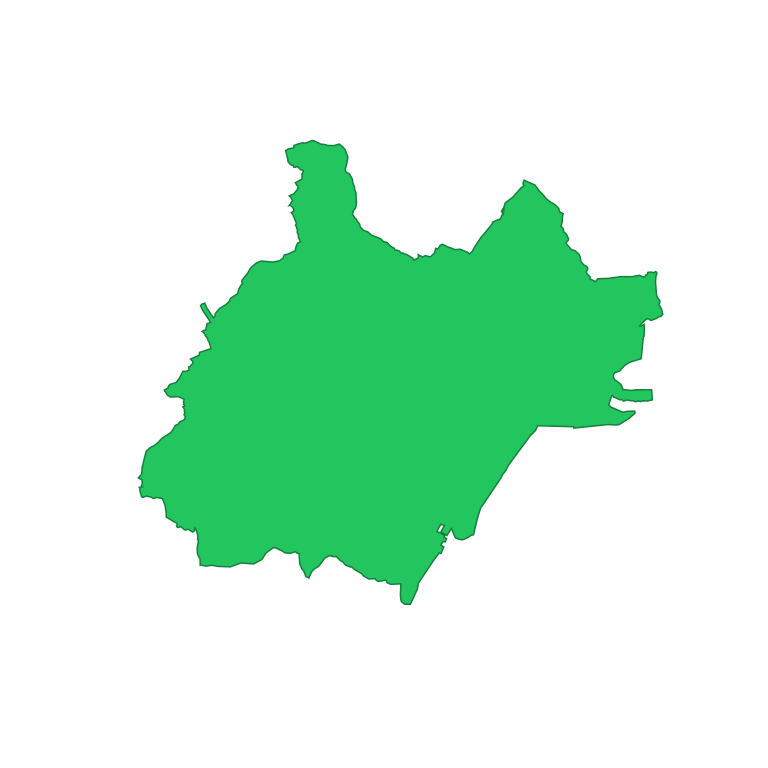 outline of Maldaresti, Vâlcea, Romania, rotated 128°
{"feature_id": "2599482B3246342951761", "entity_name": "Maldaresti", "entity_type": "district", "adm_level": 2, "iso_a3": "ROU", "parent_name": "Romania", "parent_adm1": "Vâlcea", "projection": "orthographic", "projection_center": [23.99, 45.113], "detail": "fine", "context": "isolated", "style": "filled", "palette": "green", "viewbox_px": 768, "rotation_deg": 128, "n_neighbors": 0, "source": "geoboundaries", "source_scale": "gbopen_adm2", "svg_char_len": 6159}
<svg xmlns="http://www.w3.org/2000/svg" viewBox="0 0 768 768"><g transform="rotate(128 384 384)"><path d="M362.8,556.6L367.4,559.1L372.9,560.3L376.0,560.4L380.5,559.7L389.5,559.8L391.3,558.8L392.0,556.9L393.6,557.5L398.2,557.0L402.9,555.0L411.0,557.7L413.8,556.8L418.4,557.4L425.8,560.1L432.6,560.3L434.1,559.1L437.0,559.1L433.0,570.9L430.6,575.0L433.2,576.6L435.2,576.9L437.6,572.3L441.1,561.5L442.4,558.4L445.3,560.6L451.3,557.7L452.6,559.0L454.6,559.6L454.4,558.6L454.9,556.3L456.0,554.2L456.3,552.0L458.0,549.5L458.9,547.2L462.6,542.1L472.6,548.8L475.1,547.4L483.5,551.8L483.9,549.0L484.8,547.4L489.6,547.6L490.8,548.4L492.8,546.3L495.9,547.7L497.8,550.3L505.4,548.8L510.6,548.7L516.0,552.3L517.9,552.6L520.4,551.8L523.8,553.4L524.5,552.7L526.0,548.0L525.9,544.5L520.6,538.2L519.1,532.1L521.7,530.9L522.4,529.6L523.5,529.5L523.8,527.8L524.7,527.6L525.9,528.4L526.7,525.8L528.5,524.5L528.9,523.4L531.2,522.8L532.4,520.1L535.4,519.4L539.2,521.5L541.9,521.4L545.4,522.9L551.5,522.1L554.0,522.3L563.2,525.5L568.9,526.0L574.1,527.2L577.6,528.9L583.5,530.0L598.8,523.2L604.0,519.5L609.2,519.8L608.6,515.6L611.3,513.2L613.9,512.3L613.9,511.2L616.1,513.2L616.3,512.5L618.9,510.0L622.1,505.7L622.0,504.4L618.5,502.1L616.5,497.9L616.3,495.3L613.3,493.1L610.6,488.0L614.6,481.6L619.6,476.4L622.9,473.7L621.8,464.1L621.1,461.8L621.9,460.8L624.0,459.4L624.1,458.8L623.7,457.7L621.4,456.3L621.7,451.5L621.1,450.3L619.1,449.0L618.5,443.6L616.5,443.0L613.6,444.3L614.0,443.1L617.2,438.5L620.1,435.8L621.0,435.6L622.0,433.6L628.2,430.3L631.9,427.2L633.5,425.1L635.1,421.2L640.0,417.2L639.1,416.3L637.0,411.9L632.7,408.0L630.2,402.9L622.7,392.5L613.1,386.5L606.1,376.0L597.7,372.2L589.6,372.9L580.9,370.3L579.9,368.4L578.2,361.2L578.1,358.4L575.2,353.6L570.7,350.6L570.8,347.9L569.7,346.2L571.5,345.2L577.3,339.9L579.2,336.9L580.3,334.9L580.8,331.9L584.0,326.8L583.1,325.0L583.2,323.7L576.5,325.4L572.3,325.0L568.0,323.2L557.6,323.4L553.0,321.5L550.8,317.0L549.3,315.4L550.0,309.9L549.6,306.5L550.3,303.8L550.3,302.3L548.9,297.8L548.0,296.8L548.3,292.8L547.2,284.6L547.9,282.1L546.9,275.7L543.2,271.7L543.3,267.5L540.9,264.8L537.4,261.9L538.5,259.7L538.6,258.8L537.7,255.4L531.1,247.7L540.4,241.0L544.1,237.4L544.9,235.5L544.8,232.1L541.3,227.6L525.1,231.4L519.5,234.3L493.0,236.3L483.0,236.5L482.7,234.9L482.0,234.8L475.5,236.6L476.1,240.0L471.8,240.5L470.7,238.5L467.3,239.5L467.8,242.3L465.9,242.7L467.5,251.2L466.2,251.9L459.6,252.9L458.2,249.2L465.7,248.0L464.6,241.2L456.3,241.9L461.0,233.6L461.2,232.2L460.2,229.4L458.9,226.8L457.9,225.8L453.9,223.6L449.1,222.0L447.8,220.6L432.1,227.8L421.4,231.8L420.5,231.5L385.7,234.0L382.4,234.8L377.8,234.7L371.4,235.9L366.3,236.1L334.4,236.9L327.4,236.0L322.3,237.2L300.8,208.1L301.9,207.3L278.2,182.7L273.3,175.8L271.2,173.7L260.5,169.8L252.5,168.2L251.0,169.7L255.5,175.2L259.1,178.2L262.4,190.6L262.2,194.0L253.1,197.4L252.4,196.8L253.0,195.0L252.1,192.4L251.3,188.3L250.0,187.6L250.0,184.7L246.7,182.5L246.5,181.5L245.6,180.5L245.5,179.4L243.8,177.6L243.5,175.7L242.5,174.3L240.6,172.9L239.9,170.9L238.3,170.3L237.8,168.9L236.5,168.3L235.7,166.3L231.4,162.8L223.8,169.5L233.4,181.9L236.8,185.1L241.2,192.3L239.5,194.8L238.4,197.7L238.5,204.8L238.2,206.1L236.0,208.7L233.2,209.1L228.3,206.2L221.6,205.8L218.5,204.9L215.4,203.6L205.7,196.9L189.2,207.4L186.4,209.0L186.1,208.6L181.0,212.2L176.9,215.7L180.0,216.9L180.2,218.0L180.6,218.2L179.7,218.4L171.4,217.3L169.8,215.8L169.6,214.6L169.8,213.3L169.1,212.5L164.8,209.8L161.3,208.5L160.3,207.4L157.6,207.1L154.3,211.1L152.8,214.3L152.2,216.5L150.6,216.6L148.6,217.7L147.4,222.3L146.0,224.1L136.5,232.8L131.3,236.3L129.5,236.6L128.0,238.1L128.4,239.5L129.9,239.4L131.3,242.4L133.6,244.8L135.4,244.0L137.3,244.9L138.6,244.3L139.7,244.8L141.1,249.7L146.6,254.5L153.6,263.5L162.8,272.4L169.4,280.3L173.1,280.4L174.3,286.2L174.2,286.7L172.5,287.7L172.4,291.3L171.1,293.8L168.3,294.0L167.1,295.2L166.6,296.7L167.1,299.8L166.3,304.2L163.2,307.5L161.8,309.9L161.3,315.7L162.5,318.2L162.6,319.7L161.0,327.5L156.9,327.3L156.1,327.8L153.9,331.9L153.4,333.7L153.6,336.0L152.1,337.2L151.0,339.1L151.0,341.6L146.4,343.4L142.2,346.5L139.5,347.6L140.2,351.6L138.0,354.5L137.4,360.0L138.1,364.2L138.1,371.1L137.2,373.5L136.2,380.6L134.2,388.1L134.8,389.4L137.1,399.1L139.3,398.6L141.0,397.1L141.4,395.8L145.2,396.8L157.6,397.5L166.6,400.0L171.8,398.0L172.7,396.5L173.9,396.8L173.1,398.1L175.7,397.7L175.9,396.3L175.3,395.5L176.6,395.6L176.8,394.7L177.5,394.6L178.4,395.0L180.9,394.2L183.9,394.3L184.0,395.2L189.8,398.1L191.0,397.4L193.5,397.3L209.5,397.8L222.3,396.7L225.0,396.0L228.9,396.6L228.7,399.1L231.0,407.1L234.3,410.6L237.0,419.3L237.8,423.7L238.4,424.4L240.0,425.0L243.8,424.7L244.7,425.2L245.2,426.7L249.9,424.8L255.3,425.8L257.5,430.5L260.1,431.7L261.0,436.6L262.5,435.2L263.9,434.7L267.9,436.8L267.2,439.1L267.7,443.8L268.3,446.7L268.9,447.3L269.1,449.7L270.5,451.0L269.8,453.4L269.9,454.4L271.5,458.0L270.7,459.6L271.5,463.4L270.6,468.7L272.1,471.8L271.6,476.1L274.4,485.6L274.1,490.3L275.5,494.5L275.0,499.2L272.8,502.0L272.3,504.9L271.1,507.6L271.2,508.9L269.6,513.4L265.6,515.1L263.4,514.7L261.7,515.2L257.6,517.6L255.4,519.9L250.8,523.6L248.6,527.1L246.6,528.9L244.7,532.6L242.1,534.9L239.7,540.5L240.3,544.0L240.1,545.3L237.8,547.2L233.8,548.7L227.5,552.1L223.4,558.6L222.6,562.1L222.5,567.0L226.9,570.2L230.7,575.2L231.6,577.8L233.9,581.6L235.7,589.7L236.7,590.8L241.5,593.5L243.7,595.4L243.6,596.4L248.1,599.7L251.5,601.8L252.9,600.7L254.4,601.1L257.4,604.0L260.7,605.2L266.0,598.3L267.9,596.5L268.3,594.6L268.1,593.9L268.7,593.2L268.3,590.9L267.7,590.0L268.7,588.8L268.1,587.5L266.4,586.5L266.0,585.1L266.5,581.6L265.8,580.1L265.8,578.8L268.1,577.8L269.1,578.0L271.0,576.1L273.2,574.8L280.0,577.8L281.1,574.9L281.2,573.5L281.9,572.8L284.3,572.0L289.6,572.1L294.1,574.5L294.4,572.4L295.7,569.1L301.7,568.6L300.9,568.1L301.0,565.1L301.6,563.2L302.9,561.6L306.0,562.6L306.7,560.0L311.3,551.9L313.5,551.5L313.8,550.0L315.2,548.6L315.5,547.3L318.0,545.7L319.3,543.2L320.9,542.1L323.4,537.3L325.3,538.6L327.5,538.6L331.2,537.4L333.4,536.0L340.8,539.7L343.7,542.0L347.1,541.0L351.1,542.2L356.1,546.3L362.8,556.6Z" fill="#22c55e" stroke="#15803d" stroke-width="1.5"/></g></svg>